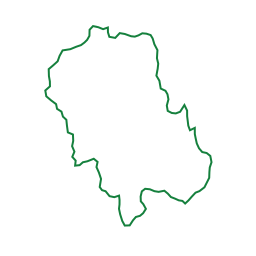 Divinésia, Minas Gerais, Brazil, rotated 12°
{"feature_id": "56859067B81533009711708", "entity_name": "Divinésia", "entity_type": "district", "adm_level": 2, "iso_a3": "BRA", "parent_name": "Brazil", "parent_adm1": "Minas Gerais", "projection": "natural_earth1", "projection_center": [-42.994, -20.992], "detail": "fine", "context": "isolated", "style": "outline", "palette": "green", "viewbox_px": 256, "rotation_deg": 12, "n_neighbors": 0, "source": "geoboundaries", "source_scale": "gbopen_adm2", "svg_char_len": 1627}
<svg xmlns="http://www.w3.org/2000/svg" viewBox="0 0 256 256"><g transform="rotate(12 128 128)"><path d="M193.3,114.0L189.1,117.3L186.5,113.2L184.9,108.5L183.4,104.2L182.2,98.7L178.4,93.8L175.6,101.3L171.7,103.8L167.7,104.2L163.3,103.0L161.3,98.0L161.6,91.6L159.6,86.8L156.9,83.8L151.8,82.6L148.9,75.3L144.9,70.9L144.7,63.8L144.2,58.8L141.8,53.7L140.6,45.7L136.4,40.6L133.5,35.3L130.8,32.4L126.4,31.9L122.3,32.4L119.0,35.2L115.7,37.2L112.0,37.6L105.3,36.7L100.2,36.9L96.8,42.5L90.8,42.7L88.5,38.6L87.4,33.9L83.1,36.5L78.0,35.6L72.6,35.6L70.0,39.9L71.1,45.9L69.7,50.3L67.6,53.5L64.8,56.7L60.6,59.2L55.2,62.9L47.9,65.7L46.1,71.6L45.3,77.4L41.9,82.1L38.2,86.9L39.9,93.8L41.9,98.7L43.0,103.5L39.3,108.5L41.5,114.0L47.1,117.0L52.7,119.6L54.6,124.0L59.5,125.8L62.0,130.4L66.0,132.8L67.8,138.4L70.1,144.8L75.5,145.8L77.1,152.0L77.1,157.4L80.5,162.3L79.5,167.8L83.6,170.8L84.1,175.8L88.4,174.4L91.0,170.9L95.2,169.0L100.9,165.2L105.3,167.5L105.3,172.8L108.8,177.6L112.2,183.4L112.6,191.6L115.5,194.2L119.2,194.5L124.1,198.5L129.0,198.5L133.3,196.0L134.7,200.2L135.6,204.6L136.0,208.9L138.3,214.1L141.7,220.1L145.1,224.1L149.9,222.9L152.1,217.2L154.2,213.4L158.0,211.4L160.5,208.2L162.3,203.4L158.8,199.3L155.8,197.1L154.6,192.4L154.7,187.1L157.4,183.9L162.1,183.4L167.0,184.3L171.2,184.1L176.6,181.8L180.6,183.9L184.3,186.6L188.6,187.3L192.7,188.2L196.4,188.0L199.6,190.0L202.2,186.3L204.6,182.0L207.5,177.2L211.0,174.9L215.1,170.1L217.8,159.9L216.8,154.3L216.2,149.6L216.8,144.1L214.3,138.2L210.1,136.1L205.6,136.1L201.7,133.1L198.5,128.8L196.4,124.2L194.6,120.0L193.3,114.0Z" fill="none" stroke="#15803d" stroke-width="2"/></g></svg>